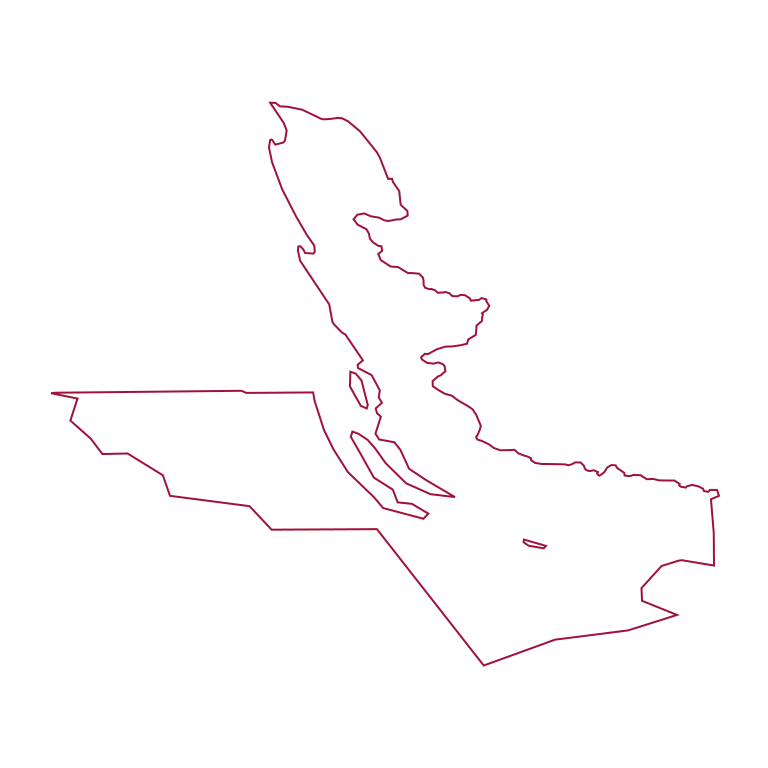 the district of Haines, Alaska, United States of America, rotated 179°
{"feature_id": "52423323B20306178640915", "entity_name": "Haines", "entity_type": "district", "adm_level": 2, "iso_a3": "USA", "parent_name": "United States of America", "parent_adm1": "Alaska", "projection": "equal_earth", "projection_center": [-135.589, 58.96], "detail": "fine", "context": "isolated", "style": "outline", "palette": "rose", "viewbox_px": 768, "rotation_deg": 179, "n_neighbors": 0, "source": "geoboundaries", "source_scale": "gbopen_adm2", "svg_char_len": 3483}
<svg xmlns="http://www.w3.org/2000/svg" viewBox="0 0 768 768"><g transform="rotate(179 384 384)"><path d="M289.2,100.8L217.5,125.4L144.2,133.4L95.1,148.0L129.8,162.7L130.1,175.4L109.7,197.2L92.3,202.3L89.1,202.6L57.2,196.7L56.9,229.4L59.1,263.1L51.0,266.3L52.9,272.3L59.9,272.4L61.9,270.5L65.9,271.4L66.9,273.8L71.7,276.3L77.8,277.7L83.0,276.4L84.1,275.1L86.3,275.7L88.3,275.8L90.7,277.4L90.1,278.9L95.3,282.4L102.8,282.6L110.3,282.8L116.6,284.4L122.8,284.2L129.2,288.4L136.1,288.7L139.8,287.6L145.0,288.3L145.4,291.0L152.4,296.0L153.8,298.6L158.0,299.0L162.2,296.7L165.4,291.9L167.8,290.0L170.4,288.6L171.4,289.4L172.5,291.0L171.6,292.2L175.8,294.1L180.0,293.3L183.3,294.4L184.8,296.2L185.4,298.6L188.8,302.1L194.2,302.3L197.5,300.5L201.1,299.5L203.7,300.4L209.5,300.7L220.6,301.1L227.9,301.3L234.4,302.5L238.1,305.1L238.4,307.2L241.4,308.9L246.0,310.3L251.0,312.4L254.6,315.9L262.9,315.7L268.9,315.7L275.2,318.1L280.4,322.0L287.2,325.4L291.6,326.8L292.9,329.3L291.3,331.4L289.1,336.6L287.9,340.4L292.2,351.3L295.8,357.1L299.5,359.8L305.1,363.2L310.3,366.3L316.5,371.2L323.4,373.2L328.4,376.2L335.3,380.9L335.3,386.1L329.8,390.7L327.3,391.6L322.4,395.7L323.1,400.8L324.8,402.8L329.2,404.6L334.1,403.5L340.6,404.4L345.7,407.9L346.5,410.0L342.6,413.5L339.7,413.1L330.1,418.0L321.9,420.3L314.3,420.4L306.4,421.5L300.3,422.8L298.9,427.2L291.5,431.4L290.8,436.2L290.5,440.7L284.9,445.4L284.8,448.3L283.9,452.0L284.8,453.1L282.7,454.5L279.8,456.2L277.4,460.4L280.3,465.1L280.2,466.8L285.0,468.2L287.5,466.5L295.7,465.8L296.5,468.0L301.3,471.3L305.8,471.8L309.1,470.4L314.1,470.7L317.0,473.6L320.8,474.9L323.0,474.5L328.7,474.3L331.3,476.8L335.0,478.2L337.1,478.0L341.2,479.5L342.7,482.5L342.6,486.6L343.2,489.6L346.8,493.6L353.5,494.4L358.2,494.5L362.2,497.1L367.8,500.6L375.4,501.4L380.7,505.0L385.0,507.9L387.5,514.1L383.6,517.1L384.1,521.7L387.6,522.4L392.5,525.8L395.5,529.5L396.4,534.5L398.9,539.1L407.5,543.7L411.6,549.2L407.7,553.7L400.9,554.9L394.2,551.9L386.0,550.4L380.8,547.6L376.5,546.9L369.7,548.2L364.4,548.4L357.4,552.0L357.6,556.6L364.2,562.9L365.4,576.6L371.6,586.0L372.3,589.0L376.3,589.0L384.1,610.2L387.1,615.9L403.6,637.1L415.5,647.4L421.3,650.4L424.6,650.9L434.0,649.9L439.8,649.7L442.1,650.2L461.1,659.7L475.4,662.9L483.1,663.4L487.6,667.0L492.9,667.2L479.6,646.6L476.9,639.2L478.8,628.9L480.5,627.2L488.5,625.2L491.4,629.8L492.6,630.4L493.6,629.7L494.9,622.7L492.1,607.8L482.4,580.4L469.0,553.1L458.6,534.5L451.3,523.6L450.9,517.6L452.2,515.6L460.6,516.4L462.2,519.7L464.8,522.8L465.8,523.2L467.2,523.0L467.8,519.1L465.7,508.7L437.4,464.6L434.5,447.1L432.7,444.2L424.9,436.0L421.7,434.1L404.7,408.0L410.0,403.7L409.7,400.4L396.2,393.1L388.3,377.7L389.5,370.7L386.4,365.2L392.7,359.8L391.5,354.9L387.7,351.4L393.4,334.5L389.8,328.6L374.7,325.6L368.7,317.8L360.4,298.8L343.0,286.8L315.0,269.7L339.3,273.0L363.6,284.3L383.8,304.9L394.0,319.8L401.2,328.3L410.2,334.6L416.4,337.0L418.1,331.8L407.0,311.6L395.8,290.6L377.0,278.2L372.4,265.4L358.2,263.7L341.9,253.6L347.0,248.6L387.1,260.0L395.7,270.7L421.6,296.5L435.6,319.4L444.8,339.0L453.6,368.0L455.0,376.8L521.9,377.5L526.6,379.7L713.0,381.0L717.0,380.6L690.7,374.8L698.2,352.9L678.1,334.4L666.8,318.9L641.6,319.0L606.7,296.6L599.9,275.9L520.6,264.2L498.9,240.3L393.6,239.0L289.2,100.8ZM224.9,219.3L227.2,216.9L242.2,219.8L247.2,223.4L246.8,226.0L224.9,219.3ZM401.7,359.8L400.6,363.3L406.4,387.8L412.0,394.8L417.4,396.9L418.1,382.2L407.6,362.6L401.7,359.8Z" fill="none" stroke="#9f1239" stroke-width="2"/></g></svg>